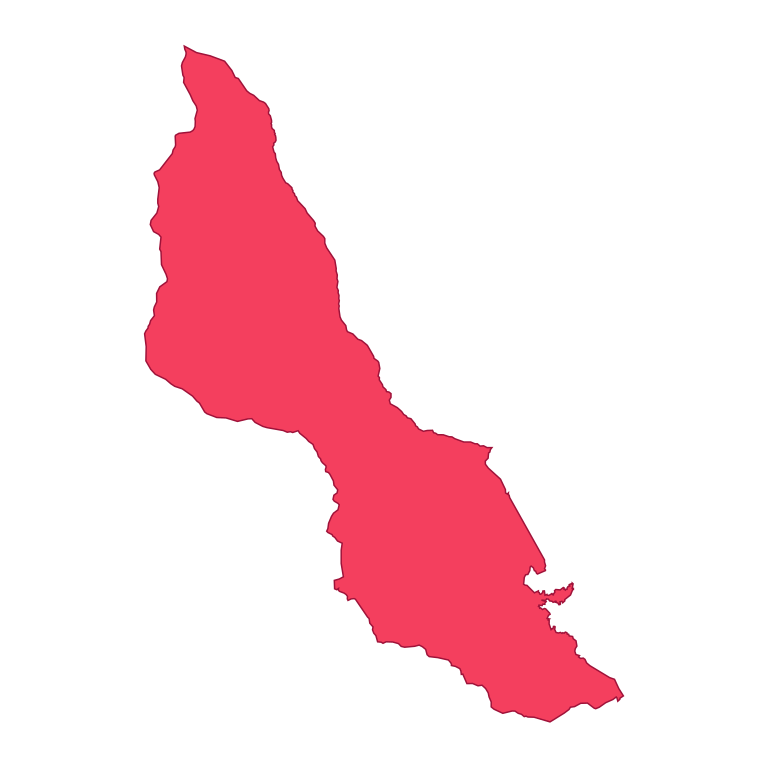 Secaria, Prahova, Romania
{"feature_id": "2599482B18206693786846", "entity_name": "Secaria", "entity_type": "district", "adm_level": 2, "iso_a3": "ROU", "parent_name": "Romania", "parent_adm1": "Prahova", "projection": "robinson", "projection_center": [25.677, 45.313], "detail": "fine", "context": "isolated", "style": "filled", "palette": "rose", "viewbox_px": 768, "rotation_deg": 0, "n_neighbors": 0, "source": "geoboundaries", "source_scale": "gbopen_adm2", "svg_char_len": 6112}
<svg xmlns="http://www.w3.org/2000/svg" viewBox="0 0 768 768"><path d="M617.8,701.2L619.8,699.4L620.0,698.2L623.4,695.9L618.8,688.6L614.5,679.3L609.6,677.6L589.9,665.7L586.6,662.9L585.0,659.4L583.3,658.1L580.5,658.4L578.5,656.9L579.5,655.6L575.9,654.5L574.8,651.2L575.3,648.6L576.9,646.1L576.0,640.8L573.2,638.7L572.6,636.5L569.2,635.9L568.6,634.2L567.3,634.2L566.9,632.7L565.3,632.1L564.1,633.2L562.8,632.7L562.0,633.4L560.4,632.4L558.5,633.0L556.1,632.5L554.7,629.5L555.1,626.8L554.7,626.4L553.5,626.4L552.9,628.7L551.8,628.8L551.1,629.6L549.1,623.9L549.2,620.6L548.2,620.0L549.5,619.0L547.1,618.5L548.5,615.3L550.1,614.3L549.7,613.2L545.7,608.9L544.5,608.5L542.5,609.5L540.6,607.9L539.7,608.2L539.5,606.8L538.5,606.5L539.0,605.1L542.1,605.6L542.7,604.2L544.8,604.3L544.6,603.6L546.1,601.6L541.4,600.1L545.0,600.4L546.1,599.9L546.5,598.9L548.5,599.2L549.6,600.9L552.1,601.3L553.1,602.3L554.2,601.9L555.7,602.3L555.3,601.3L555.9,601.2L556.7,602.6L558.1,603.2L558.5,604.1L559.2,603.9L559.2,604.7L560.1,604.5L560.5,603.9L559.9,601.9L561.9,601.3L562.7,602.8L564.8,600.9L564.8,599.5L570.5,595.0L572.7,589.6L573.4,589.5L573.4,588.4L572.2,588.4L573.1,583.8L572.3,583.1L572.4,584.6L571.3,583.7L569.5,584.5L569.7,585.6L569.1,585.3L569.0,586.4L568.0,586.6L567.2,587.8L567.0,589.3L565.5,589.3L565.4,590.0L563.9,589.2L564.2,588.0L563.3,587.5L560.2,589.9L555.8,589.5L554.5,590.7L554.9,592.1L553.5,593.9L553.3,595.5L552.8,594.0L552.1,594.2L551.8,593.6L549.0,595.4L547.2,595.2L547.0,594.4L545.0,595.2L544.4,590.9L542.9,591.0L542.6,592.6L540.6,594.3L539.7,594.0L539.3,592.6L538.4,592.2L538.4,590.9L534.4,592.8L527.0,585.4L525.0,585.1L523.6,584.2L524.3,577.4L525.6,574.8L527.9,574.4L529.8,570.6L530.1,567.1L531.1,566.1L533.3,567.7L534.4,570.7L535.6,571.1L536.6,573.4L537.5,574.0L545.4,570.6L545.5,570.0L544.5,568.7L545.6,565.8L544.5,562.0L544.5,559.9L509.7,497.7L509.1,495.2L508.3,494.6L508.4,492.9L507.3,494.0L505.6,493.0L505.4,489.5L500.5,479.2L488.3,468.1L485.4,464.2L485.3,461.1L488.1,458.2L488.6,452.9L489.8,452.1L490.4,449.6L491.9,447.6L487.0,447.6L483.6,445.8L480.1,446.1L477.4,443.8L475.0,443.8L470.6,442.0L463.8,442.0L454.8,438.7L452.0,436.9L449.0,436.7L443.3,434.8L437.6,434.7L435.8,433.3L433.6,432.7L432.5,430.3L427.2,430.5L423.4,431.3L418.5,428.9L417.4,426.9L415.6,425.8L415.1,423.9L410.9,418.7L407.3,417.8L406.3,416.0L403.7,414.5L401.7,411.6L397.4,407.7L390.3,403.8L389.3,400.1L391.0,397.4L391.0,393.6L388.9,392.0L386.5,391.6L385.9,389.6L382.9,386.8L382.4,384.6L379.3,379.9L379.4,377.5L378.1,376.1L379.8,368.5L378.7,362.4L377.8,361.1L374.0,358.4L373.6,356.3L367.3,345.3L361.6,340.6L357.8,339.2L352.9,334.0L347.5,331.7L346.6,330.0L345.8,325.6L341.4,320.1L340.0,316.8L338.8,308.3L339.2,305.9L338.6,304.0L339.3,300.7L338.8,298.7L339.0,295.4L338.1,292.7L338.3,290.5L336.9,287.4L337.9,281.4L337.0,278.8L337.3,275.0L336.1,271.0L336.2,268.4L334.8,260.1L326.7,247.9L324.8,243.2L324.8,238.6L323.4,236.4L317.6,230.9L315.0,226.1L315.2,223.2L313.6,220.6L307.1,213.0L305.1,208.7L297.6,200.7L296.4,197.1L294.8,195.6L294.5,193.8L292.8,191.8L292.9,190.4L292.1,189.4L291.9,187.7L287.7,183.7L285.7,182.8L282.8,178.1L281.6,175.3L281.2,172.3L279.4,169.5L278.5,164.4L276.7,161.3L275.7,157.8L275.3,153.7L274.0,152.0L272.6,146.8L273.9,145.0L273.7,143.2L275.3,141.9L276.0,140.3L275.8,137.2L275.4,135.3L274.7,134.6L275.1,133.4L274.4,132.6L274.3,130.4L272.1,128.5L271.5,126.6L271.6,124.8L271.0,123.5L271.6,122.3L271.5,120.2L270.3,115.8L268.6,113.9L268.5,111.8L269.1,110.8L268.8,108.7L265.5,103.5L263.6,102.1L259.4,100.6L253.7,95.3L249.7,93.3L246.7,90.8L238.3,78.5L235.2,77.5L231.9,70.6L224.6,61.2L210.1,55.8L196.5,52.6L184.3,46.1L184.8,49.2L186.0,52.0L186.1,54.0L185.4,56.9L182.4,62.5L181.5,65.9L182.9,75.2L184.1,77.5L183.6,82.4L190.2,94.6L192.9,100.8L196.2,105.9L197.3,110.2L195.0,118.6L195.3,121.3L195.1,126.5L194.0,129.1L192.8,130.6L190.2,132.1L179.0,133.3L175.6,135.2L175.2,136.2L175.6,144.9L175.2,146.7L173.1,150.0L172.3,153.6L159.6,169.9L154.9,172.0L154.1,173.2L154.3,174.8L157.8,181.7L159.2,187.6L157.8,199.2L157.8,203.2L158.7,206.5L156.9,213.0L151.1,220.3L150.3,224.6L153.6,231.6L158.7,234.4L161.0,237.1L159.7,249.1L161.0,251.6L161.5,264.7L166.1,274.4L167.5,278.8L166.9,281.7L159.8,286.8L156.6,293.4L156.7,302.0L154.3,307.0L153.6,310.0L154.4,315.7L150.6,320.6L149.6,324.2L148.2,326.3L148.0,328.1L145.8,331.1L144.6,333.8L146.2,346.6L145.9,360.9L150.8,369.4L155.3,374.3L165.7,379.3L170.8,383.7L174.7,386.3L182.2,388.8L192.6,396.1L196.9,401.1L199.5,403.1L204.7,412.0L206.9,413.7L216.8,417.5L226.0,417.9L237.5,421.4L247.9,418.9L251.8,418.7L255.1,422.4L262.8,426.4L266.9,427.6L283.2,430.5L287.2,432.2L290.5,431.7L292.7,432.5L298.1,430.7L299.8,433.3L306.2,438.5L308.7,441.4L313.0,444.4L314.5,448.6L317.1,452.0L318.4,456.5L320.6,458.9L321.0,460.7L322.4,462.7L325.9,465.8L326.1,467.3L325.4,469.3L325.7,471.6L328.4,472.5L329.8,474.1L333.4,480.9L334.0,485.2L337.7,489.8L337.1,492.9L333.9,495.2L333.0,499.4L334.3,501.2L337.9,503.3L339.2,504.7L338.0,509.8L333.5,513.2L331.5,516.4L328.6,523.3L327.9,528.6L326.7,531.2L327.9,532.5L332.1,534.6L332.7,536.0L334.8,537.4L337.5,541.0L342.2,543.2L341.2,550.2L341.2,563.5L343.4,576.8L339.3,579.0L334.3,580.4L334.6,588.8L336.7,589.7L338.5,588.5L338.3,589.9L339.4,591.3L344.1,593.1L346.1,594.5L347.5,596.3L347.3,598.9L348.0,600.4L351.2,598.9L354.2,598.6L355.5,599.3L367.6,617.1L369.1,618.5L369.8,623.2L373.0,626.9L372.5,629.8L373.8,633.2L375.9,635.6L377.6,641.8L381.2,642.2L383.0,643.3L386.1,641.8L392.7,642.0L398.5,643.6L401.2,646.4L404.6,647.2L414.6,646.3L419.2,645.1L422.4,646.7L425.7,649.4L427.1,654.7L429.2,656.6L437.8,657.6L448.4,660.0L450.8,662.8L451.5,664.4L451.4,665.5L455.5,666.4L459.8,668.6L460.9,671.0L461.3,674.4L462.8,674.1L466.9,683.6L472.6,683.5L478.0,685.8L482.0,685.2L485.6,688.5L488.2,692.8L489.1,697.0L491.2,701.9L491.2,706.9L494.0,709.2L502.8,713.3L512.2,711.0L515.0,711.1L518.2,713.3L521.5,714.3L524.2,716.6L526.0,716.2L527.9,717.0L534.0,717.2L550.0,721.9L564.2,713.1L569.0,709.5L570.4,707.2L574.6,706.6L580.7,703.3L587.5,703.1L594.2,708.2L595.7,708.7L599.3,707.2L605.7,702.7L612.9,699.5L616.2,697.0L616.9,697.8L617.8,701.2Z" fill="#f43f5e" stroke="#9f1239" stroke-width="1.5"/></svg>